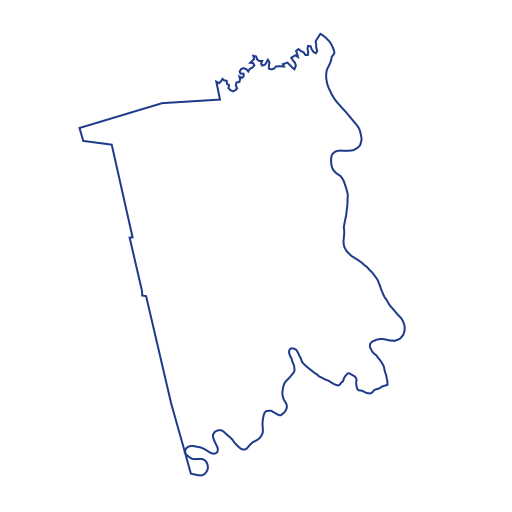 Iguazú, Misiones, Argentina, rotated 164°
{"feature_id": "61730980B21961764082426", "entity_name": "Iguazú", "entity_type": "district", "adm_level": 2, "iso_a3": "ARG", "parent_name": "Argentina", "parent_adm1": "Misiones", "projection": "natural_earth1", "projection_center": [-54.463, -25.856], "detail": "fine", "context": "isolated", "style": "outline", "palette": "blue", "viewbox_px": 512, "rotation_deg": 164, "n_neighbors": 0, "source": "geoboundaries", "source_scale": "gbopen_adm2", "svg_char_len": 6034}
<svg xmlns="http://www.w3.org/2000/svg" viewBox="0 0 512 512"><g transform="rotate(164 256 256)"><path d="M390.4,427.7L390.3,414.2L364.0,402.8L369.5,308.0L372.4,308.5L375.2,254.1L375.7,251.6L376.3,249.4L372.7,247.7L378.2,137.4L378.4,87.4L378.7,87.0L378.4,85.6L378.6,64.7L376.3,63.6L374.7,62.6L373.4,61.9L370.2,60.5L369.2,60.2L367.5,60.2L366.7,60.2L365.3,60.8L364.3,61.4L363.2,62.2L362.2,63.1L361.8,63.6L361.0,64.8L360.6,65.8L360.2,67.7L360.1,68.9L360.3,70.9L360.7,72.1L361.9,74.3L362.5,74.8L363.6,75.5L364.5,76.0L366.5,76.6L371.5,77.8L372.5,78.2L373.6,78.9L374.2,79.5L376.4,82.2L377.3,83.4L377.9,84.8L378.2,85.7L378.2,86.2L378.2,86.9L378.0,87.7L377.6,88.6L376.2,90.3L375.2,90.8L374.0,91.2L372.1,91.4L371.2,91.4L369.7,91.0L368.1,90.3L362.6,87.6L361.7,87.0L359.4,85.2L357.2,82.9L354.3,79.6L353.5,78.9L352.1,78.0L350.9,77.6L350.0,77.5L349.0,77.5L348.0,77.8L347.2,78.3L346.6,79.0L346.0,80.7L345.8,81.9L345.8,82.7L347.2,90.9L347.2,92.7L347.2,93.6L347.0,94.8L346.7,95.8L346.2,96.5L344.8,97.7L344.0,98.3L342.6,98.7L341.5,98.8L339.8,98.8L338.9,98.6L338.1,98.3L337.4,98.0L336.3,97.1L335.4,95.9L332.5,91.1L331.0,89.0L330.2,87.5L329.3,86.0L328.2,82.6L325.7,77.9L323.8,75.0L321.9,73.6L321.6,73.5L320.2,73.1L319.7,73.1L318.5,73.3L317.4,73.8L314.0,76.1L311.5,77.4L309.8,78.0L306.1,78.7L304.0,79.4L302.9,79.9L301.3,81.0L299.4,82.7L298.7,83.7L298.2,84.4L297.9,85.2L297.3,87.0L296.0,93.0L294.3,97.4L292.5,100.8L291.6,102.2L290.8,103.0L289.8,103.7L289.5,103.9L288.6,104.0L285.9,103.6L284.5,103.2L283.8,102.8L281.1,99.9L278.5,97.3L277.7,96.7L276.7,96.2L276.0,96.2L275.1,96.4L272.1,97.8L271.0,98.5L269.8,99.6L269.2,100.3L268.5,101.2L268.0,102.4L267.7,103.3L267.6,104.5L267.6,105.7L268.7,109.6L269.0,111.9L268.9,113.6L268.8,115.3L268.4,117.2L267.6,119.2L265.8,122.9L264.0,125.5L263.0,126.5L262.2,127.1L257.8,129.6L252.0,133.5L251.3,134.2L250.6,135.3L250.4,135.9L250.0,137.7L249.8,139.0L249.7,141.1L250.2,144.8L250.1,147.4L250.3,148.6L250.7,150.0L250.8,150.8L250.9,152.9L250.7,154.4L250.5,155.1L249.9,156.3L248.9,157.1L248.2,157.4L247.4,157.4L246.7,157.2L245.9,156.9L244.6,156.1L243.6,155.2L243.3,154.8L242.8,153.6L242.1,150.6L241.8,148.9L241.7,147.3L241.5,146.7L241.1,145.3L241.1,144.5L241.1,143.0L240.9,141.6L240.4,140.2L238.7,137.1L236.0,133.1L233.2,129.3L232.5,128.1L232.0,127.4L230.4,125.9L228.7,123.1L228.3,122.7L226.8,121.4L223.9,118.5L220.5,116.0L219.3,114.5L217.2,112.2L215.2,110.4L213.2,109.2L212.5,108.9L211.5,109.0L211.0,109.2L209.2,110.6L208.7,110.9L207.5,111.3L206.9,111.6L206.5,112.1L205.7,113.5L204.8,114.5L203.7,115.6L201.4,117.2L200.5,117.7L200.1,117.8L199.1,117.7L198.5,117.3L194.4,113.2L193.8,112.0L193.5,111.0L193.4,110.2L193.5,109.1L194.4,107.2L194.7,106.6L194.9,105.7L195.3,102.4L195.3,100.5L194.8,99.2L194.4,98.7L194.0,98.5L191.1,97.2L188.1,94.4L186.6,93.4L184.9,92.6L183.8,92.5L183.2,92.5L181.8,92.9L179.5,94.4L178.6,94.7L176.3,94.8L174.9,94.6L173.4,94.9L170.6,95.8L165.2,95.9L164.4,98.5L164.2,100.3L164.1,102.3L163.8,104.6L163.8,107.5L164.0,109.7L163.8,111.5L163.6,114.3L163.8,116.2L164.2,117.4L164.5,118.7L165.4,121.5L165.9,122.7L166.8,124.6L167.7,127.3L168.7,128.6L170.2,131.1L170.6,132.0L170.8,132.7L171.1,134.9L171.4,135.6L171.5,136.7L171.4,137.9L171.1,138.8L170.1,140.4L169.1,141.0L167.7,141.7L166.2,142.0L164.7,142.0L163.5,142.4L160.8,142.1L158.1,141.7L157.2,141.3L153.6,139.6L152.5,138.8L149.1,137.3L147.7,137.0L146.5,136.2L141.4,136.6L140.5,136.9L139.3,137.4L138.2,138.3L136.5,139.3L133.9,142.9L133.1,145.3L132.5,147.6L132.5,150.7L132.8,153.3L133.3,155.4L133.9,156.7L135.1,159.2L136.1,160.8L136.7,162.4L137.9,165.1L138.2,166.0L139.0,167.2L139.5,168.6L140.2,169.8L141.4,172.9L142.4,177.1L142.9,178.8L143.7,180.6L144.0,182.7L144.3,183.7L144.6,187.3L145.0,190.2L145.0,193.7L145.3,194.7L145.3,195.8L145.6,198.9L146.1,200.8L148.0,206.0L148.8,207.9L149.6,209.5L150.6,211.1L152.5,215.1L153.4,216.1L154.1,217.0L154.7,218.1L156.3,220.6L158.0,222.7L159.0,224.0L160.0,225.1L160.8,225.9L162.6,228.0L163.6,228.9L165.0,231.0L165.4,231.8L166.0,232.7L166.4,233.6L167.5,235.5L167.7,236.5L168.0,237.3L168.2,238.5L168.5,239.7L168.6,240.4L168.4,243.6L167.6,246.7L164.7,254.1L164.0,257.2L163.7,259.4L161.9,263.1L158.0,270.6L156.0,275.3L154.1,279.9L151.7,287.2L151.2,288.4L150.8,290.2L150.6,295.6L151.0,304.1L151.7,307.0L152.8,309.7L154.5,311.6L156.1,313.6L157.2,315.5L158.0,317.4L158.5,319.8L158.5,321.4L158.1,324.7L157.4,327.4L156.5,330.0L155.6,331.7L154.4,332.9L153.3,333.6L151.9,334.2L149.9,334.6L146.6,334.3L142.8,333.0L138.9,331.9L136.9,331.4L133.8,330.9L131.2,331.3L129.4,331.8L127.8,332.3L126.6,333.1L125.2,334.0L122.6,338.4L122.3,339.3L122.1,340.3L121.6,345.7L121.6,347.3L121.7,349.4L122.1,351.4L123.2,354.4L130.0,369.8L132.0,373.6L136.3,382.7L137.4,385.9L138.6,390.2L139.8,397.4L140.1,400.5L140.0,403.0L139.7,406.3L139.2,408.9L138.5,411.1L137.1,414.5L135.5,416.7L133.6,418.7L131.4,421.2L129.5,424.1L128.9,425.4L128.4,426.4L127.7,427.0L125.2,428.9L124.7,429.6L124.5,430.5L124.5,432.4L124.5,433.9L125.3,438.7L125.8,440.7L126.6,442.6L129.1,447.2L131.5,450.4L132.9,451.8L138.5,446.9L139.5,445.9L139.9,442.7L140.7,439.5L140.6,436.4L142.5,434.4L144.5,436.2L145.5,439.3L145.7,442.5L148.1,443.6L149.4,441.0L149.6,437.8L150.6,435.0L153.1,435.6L154.1,438.7L156.4,440.7L158.1,443.2L160.9,442.1L160.7,438.9L160.8,435.8L162.9,438.1L167.5,436.8L166.6,433.8L165.3,431.1L165.2,428.0L167.6,424.9L168.9,426.6L170.9,430.5L172.5,433.2L177.3,433.0L176.8,430.4L181.5,432.0L184.5,432.7L187.0,431.2L189.7,431.1L192.0,432.6L191.0,435.6L189.7,438.4L190.5,441.4L192.4,439.3L194.7,437.4L197.7,437.4L198.1,439.6L196.3,441.8L199.1,442.5L200.7,444.6L200.8,447.7L203.4,449.2L203.4,446.0L208.3,443.3L205.6,442.2L205.0,439.8L207.5,438.1L210.4,437.6L212.6,435.5L213.7,438.1L216.1,440.0L218.7,439.8L220.9,437.8L220.6,435.6L217.8,434.7L218.3,432.1L220.4,431.1L222.5,433.1L222.6,430.2L224.0,427.9L226.9,428.2L228.4,425.5L228.0,422.3L230.0,421.1L232.8,420.6L235.0,422.6L236.2,425.0L234.8,427.6L236.4,429.5L235.9,432.5L238.1,433.5L239.4,435.5L241.4,433.6L243.9,432.3L246.1,434.5L247.5,416.3L304.1,428.8L390.4,427.7Z" fill="none" stroke="#1e3a8a" stroke-width="2"/></g></svg>